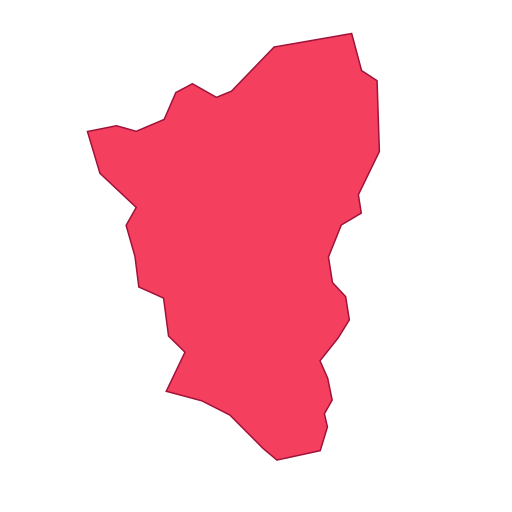 outline of Kolonjë, Korçë, Albania, rotated 351°
{"feature_id": "67620474B91947048364679", "entity_name": "Kolonjë", "entity_type": "district", "adm_level": 2, "iso_a3": "ALB", "parent_name": "Albania", "parent_adm1": "Korçë", "projection": "natural_earth1", "projection_center": [20.638, 40.285], "detail": "fine", "context": "isolated", "style": "filled", "palette": "rose", "viewbox_px": 512, "rotation_deg": 351, "n_neighbors": 0, "source": "geoboundaries", "source_scale": "gbopen_adm2", "svg_char_len": 656}
<svg xmlns="http://www.w3.org/2000/svg" viewBox="0 0 512 512"><g transform="rotate(351 256 256)"><path d="M109.0,106.7L114.8,149.9L145.3,189.3L132.5,205.4L136.4,237.5L135.4,268.3L158.1,283.1L157.1,321.4L170.8,339.9L146.2,375.6L179.7,390.5L205.3,409.0L232.9,447.2L244.7,460.8L289.0,458.3L299.8,436.1L298.9,422.5L308.7,410.2L307.7,388.0L302.8,369.5L324.4,349.7L338.2,333.7L338.2,310.2L327.4,294.2L327.4,268.3L345.1,238.7L366.7,230.1L366.7,211.5L394.2,172.1L403.0,101.8L389.3,89.4L385.3,51.2L306.6,52.4L257.5,89.4L241.7,93.1L220.1,75.9L202.4,82.0L186.7,106.7L157.2,114.1L138.5,105.5L109.0,106.7Z" fill="#f43f5e" stroke="#9f1239" stroke-width="1.5"/></g></svg>